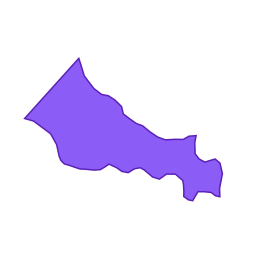 Agridaki, Cyprus, rotated 281°
{"feature_id": "46923920B13856899738172", "entity_name": "Agridaki", "entity_type": "district", "adm_level": 2, "iso_a3": "CYP", "parent_name": "Cyprus", "parent_adm1": "", "projection": "mercator", "projection_center": [33.151, 35.3], "detail": "fine", "context": "isolated", "style": "filled", "palette": "violet", "viewbox_px": 256, "rotation_deg": 281, "n_neighbors": 0, "source": "geoboundaries", "source_scale": "gbopen_adm2", "svg_char_len": 932}
<svg xmlns="http://www.w3.org/2000/svg" viewBox="0 0 256 256"><g transform="rotate(281 128 128)"><path d="M69.0,205.4L78.8,208.8L80.0,215.0L80.6,221.9L78.1,226.9L78.1,231.3L86.2,229.4L92.4,229.4L101.1,229.4L111.1,225.0L114.2,219.4L109.2,210.0L111.1,203.8L115.5,198.8L126.6,196.3L133.5,196.3L131.6,189.4L127.3,184.4L126.0,176.9L123.5,166.9L124.8,158.8L128.5,150.1L132.9,142.0L134.1,135.1L137.2,128.2L140.9,120.7L147.8,117.6L152.8,110.1L155.9,102.6L155.9,95.7L160.2,87.0L164.6,82.0L170.8,75.1L181.4,69.5L187.0,66.4L117.6,24.7L116.8,33.9L112.4,43.1L107.6,53.1L98.1,61.1L86.9,65.9L83.4,68.3L80.6,72.3L80.2,77.1L79.4,82.7L78.6,88.7L79.4,93.9L80.2,102.7L81.8,108.7L84.6,111.9L88.9,116.3L86.9,124.3L84.2,130.3L84.2,136.7L89.3,142.3L91.3,147.5L90.1,151.5L86.9,157.4L84.6,161.4L83.8,168.6L90.1,174.6L91.7,183.4L86.9,191.8L82.6,193.4L76.2,195.0L71.4,195.8L69.0,201.0L69.0,205.4Z" fill="#8b5cf6" stroke="#5b21b6" stroke-width="1.5"/></g></svg>